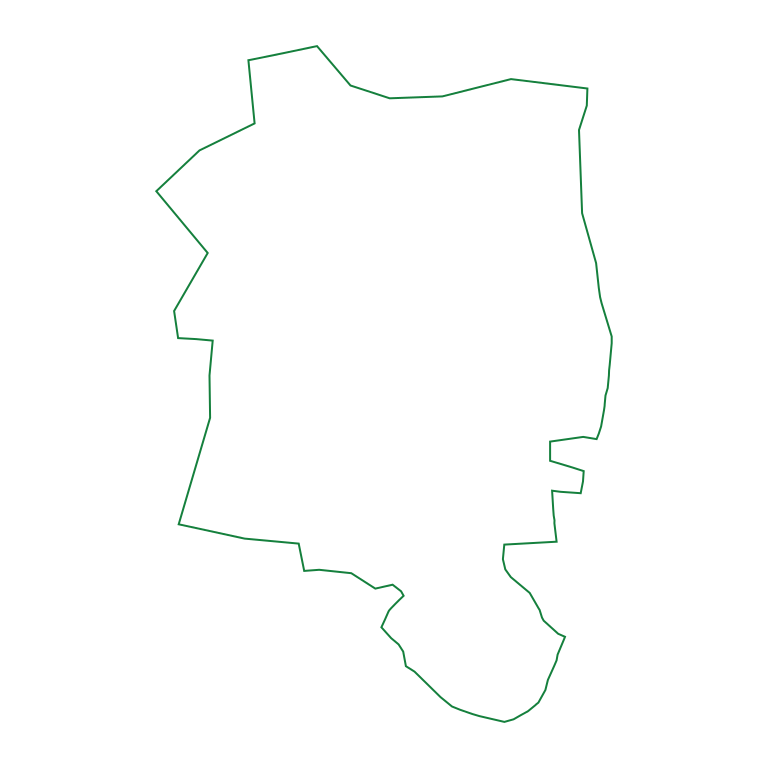 outline of Tangaza, Sokoto, Nigeria
{"feature_id": "59680162B53228015633193", "entity_name": "Tangaza", "entity_type": "district", "adm_level": 2, "iso_a3": "NGA", "parent_name": "Nigeria", "parent_adm1": "Sokoto", "projection": "natural_earth1", "projection_center": [5.031, 13.477], "detail": "fine", "context": "isolated", "style": "outline", "palette": "green", "viewbox_px": 768, "rotation_deg": 0, "n_neighbors": 0, "source": "geoboundaries", "source_scale": "gbopen_adm2", "svg_char_len": 1402}
<svg xmlns="http://www.w3.org/2000/svg" viewBox="0 0 768 768"><path d="M504.4,721.9L513.6,719.3L520.9,715.1L528.0,711.2L535.7,704.9L535.9,704.6L538.4,702.6L545.4,690.0L547.9,679.9L554.3,665.7L556.6,660.3L557.6,654.6L564.1,639.1L565.0,636.8L558.2,633.8L543.7,620.7L542.0,617.6L539.6,609.9L538.7,608.5L529.7,592.9L510.8,577.1L505.3,569.4L502.9,559.2L504.3,544.6L556.6,541.7L554.4,523.3L554.5,520.3L553.7,515.6L553.2,508.9L552.1,490.7L560.5,491.8L580.7,493.2L583.0,481.4L583.7,471.1L576.5,468.8L572.8,467.6L550.1,460.8L550.1,441.6L583.2,436.9L596.6,439.1L598.8,433.6L601.1,426.5L604.0,410.2L604.6,406.0L604.7,404.2L605.5,395.5L607.7,388.1L608.9,375.6L609.1,370.3L609.7,365.0L611.7,343.2L611.7,336.5L601.6,303.2L600.1,297.1L598.8,288.0L596.1,263.1L582.1,213.2L579.0,130.0L586.8,105.6L587.4,88.5L511.0,79.1L442.4,96.4L389.7,98.3L350.5,85.5L317.0,46.1L284.6,52.9L251.2,59.7L248.4,60.2L254.6,123.4L199.5,150.4L156.3,191.2L207.7,253.0L174.1,311.0L178.1,338.1L196.2,339.1L212.7,340.6L209.5,375.5L210.1,417.8L178.7,524.3L244.6,538.6L298.7,543.6L304.2,570.9L319.2,569.8L351.3,573.2L375.3,588.6L392.6,584.7L401.1,591.3L403.6,595.8L399.3,599.9L395.3,603.9L391.5,607.8L389.5,610.0L388.6,611.3L387.2,614.5L385.0,619.5L381.4,627.3L391.2,638.2L398.6,644.4L403.2,651.6L405.9,666.2L414.5,671.6L440.5,697.1L452.0,706.5L460.2,709.8L472.3,714.0L479.4,716.1L504.4,721.9Z" fill="none" stroke="#15803d" stroke-width="2"/></svg>